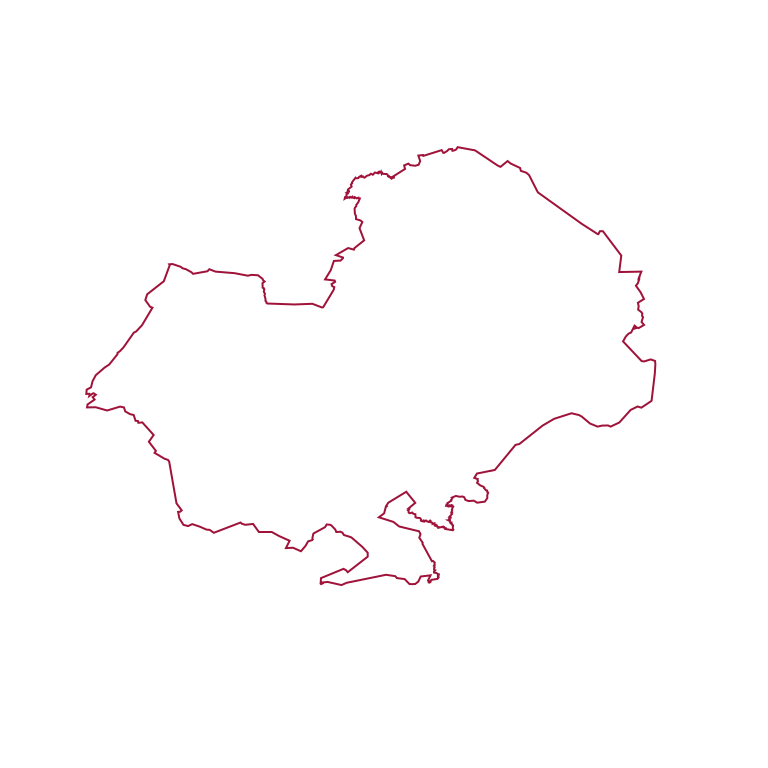 Zvārdes pag., Saldus, Latvia, rotated 336°
{"feature_id": "27541924B82314272532739", "entity_name": "Zvārdes pag.", "entity_type": "district", "adm_level": 2, "iso_a3": "LVA", "parent_name": "Latvia", "parent_adm1": "Saldus", "projection": "robinson", "projection_center": [22.598, 56.546], "detail": "fine", "context": "isolated", "style": "outline", "palette": "rose", "viewbox_px": 768, "rotation_deg": 336, "n_neighbors": 0, "source": "geoboundaries", "source_scale": "gbopen_adm2", "svg_char_len": 6154}
<svg xmlns="http://www.w3.org/2000/svg" viewBox="0 0 768 768"><g transform="rotate(336 384 384)"><path d="M646.1,333.4L643.4,332.2L640.8,334.3L640.2,334.0L629.9,318.3L602.5,271.5L601.5,252.2L600.0,248.9L595.7,244.9L596.2,242.0L589.3,234.0L587.6,230.6L578.7,233.0L576.6,230.5L562.2,207.6L547.6,197.6L545.4,199.1L543.4,199.2L541.4,198.8L541.8,197.0L538.7,195.9L536.5,196.8L532.9,197.3L532.2,197.0L531.8,193.8L512.7,191.6L512.8,190.7L508.3,189.3L507.7,195.1L504.8,197.8L501.2,197.3L496.9,194.7L495.9,192.6L491.3,192.5L490.7,196.1L476.3,198.2L477.6,199.9L476.1,199.1L474.4,199.5L473.7,198.1L474.1,197.6L472.9,196.9L473.1,196.1L472.1,195.7L472.4,194.2L471.9,193.3L468.7,191.7L468.3,190.8L467.6,191.1L468.1,189.9L467.0,189.5L467.3,188.8L466.2,189.3L465.9,188.0L465.0,188.1L464.3,189.1L461.7,187.1L458.9,188.3L457.6,186.6L455.6,187.2L453.1,186.8L450.2,187.6L448.9,186.2L449.0,185.6L447.6,185.5L447.8,184.5L445.4,184.7L444.3,185.5L442.1,184.7L441.9,184.0L438.4,185.8L436.6,187.0L436.5,187.7L434.9,188.3L434.7,190.5L430.3,191.6L429.2,193.0L430.4,193.4L430.3,194.0L428.7,194.7L427.7,194.4L428.1,195.3L427.0,195.4L426.4,196.6L425.3,197.5L424.4,197.4L423.4,198.8L425.4,198.5L426.1,199.0L426.7,198.7L427.1,199.2L428.7,199.2L428.6,199.9L429.9,199.8L430.4,200.6L431.0,200.3L430.9,200.9L432.4,201.1L432.1,201.7L432.6,202.2L433.4,201.5L434.6,203.3L436.2,203.4L436.0,203.8L437.4,204.7L434.4,207.5L431.4,209.2L431.1,210.2L429.2,211.1L428.4,212.0L426.7,216.5L426.7,219.1L425.5,222.0L429.1,225.1L430.1,227.2L425.0,231.7L424.3,244.7L412.3,247.8L411.2,249.0L406.5,245.2L392.5,246.7L398.0,251.8L397.8,252.3L394.6,253.6L388.3,251.2L381.6,258.4L372.7,264.5L381.0,269.4L380.9,270.8L376.7,271.4L376.5,273.5L378.0,275.3L376.3,277.5L359.7,289.1L358.5,288.9L351.2,281.6L334.5,274.9L310.1,263.0L309.6,262.1L310.0,261.0L309.5,259.8L310.3,258.3L310.9,254.4L312.0,253.0L311.7,250.9L313.0,249.0L312.8,248.9L313.2,247.6L312.3,246.7L314.0,242.5L316.6,241.8L315.8,240.3L315.8,238.5L313.1,233.4L307.3,230.4L303.7,229.7L292.6,222.0L275.8,212.8L271.1,208.1L268.6,209.2L254.4,205.7L253.5,203.5L249.7,198.5L247.0,196.3L246.0,194.3L239.6,188.4L236.5,187.3L236.6,188.3L224.6,200.6L204.2,205.7L200.1,210.2L201.7,218.2L203.5,220.1L186.8,231.9L179.0,235.2L176.4,235.3L160.7,244.7L156.1,246.6L153.2,247.2L152.6,248.4L140.8,254.5L135.6,255.3L124.3,258.7L118.9,262.9L115.0,267.9L110.1,268.2L108.0,272.0L110.9,273.1L111.1,273.6L109.9,275.1L114.3,274.2L115.0,274.4L116.4,276.6L112.5,277.5L113.3,280.5L104.9,282.1L103.2,284.6L111.2,288.0L120.3,295.6L133.7,297.3L136.9,299.6L136.5,303.8L139.7,308.2L142.7,310.5L142.1,316.6L144.1,317.7L143.8,319.5L147.6,320.8L152.8,336.9L145.7,341.1L148.4,352.3L146.4,353.6L153.1,363.0L155.8,365.5L156.2,367.5L145.9,408.6L147.8,417.2L145.8,417.8L143.9,417.1L142.4,423.6L143.5,431.1L147.2,434.1L151.8,434.0L157.6,439.3L162.6,444.8L165.4,446.3L168.0,450.7L196.6,452.2L197.2,453.7L200.0,456.2L207.5,458.6L209.5,468.3L221.3,473.6L226.3,480.2L234.0,488.8L227.7,494.0L234.3,496.6L240.1,503.0L246.4,500.0L250.6,496.9L254.9,497.4L255.7,497.0L255.9,495.6L258.7,491.9L271.9,490.8L274.5,489.0L277.7,490.8L278.4,491.8L280.3,497.1L280.2,499.8L284.2,501.3L285.5,502.8L286.0,505.7L291.4,510.4L292.3,511.9L298.0,524.1L300.5,531.5L298.9,535.1L274.3,541.2L273.6,538.8L271.9,536.4L247.5,535.7L245.6,539.3L247.1,539.7L245.8,539.9L244.9,540.6L245.1,541.2L247.3,541.2L248.0,540.6L252.0,541.9L263.4,550.4L269.0,550.4L308.2,559.1L316.1,564.1L316.8,566.5L323.5,570.6L325.9,577.1L328.3,578.3L331.2,579.4L334.9,578.5L339.2,574.8L348.7,577.7L344.3,581.4L344.4,582.6L345.2,582.8L344.3,583.5L344.9,584.0L346.2,583.6L346.7,582.6L347.7,582.2L353.6,583.8L355.1,582.9L354.7,582.5L355.0,581.6L355.8,581.4L356.6,580.3L355.7,580.0L355.9,579.3L354.9,577.9L353.0,576.6L353.3,575.8L355.0,575.0L354.3,574.3L354.4,573.4L355.7,572.1L355.5,571.6L356.1,570.7L355.8,570.4L356.8,569.9L356.8,569.0L357.7,567.8L356.8,565.6L355.7,565.4L354.1,545.7L354.8,544.8L353.7,538.8L356.3,536.0L356.1,532.8L340.0,520.4L336.5,513.8L325.1,503.7L331.5,502.2L335.6,497.1L336.7,496.8L336.4,496.3L339.6,494.2L360.5,491.5L364.2,505.3L356.0,507.6L356.6,507.9L356.5,508.4L354.6,509.1L355.0,509.7L354.3,511.0L354.5,512.1L355.3,512.7L357.5,512.9L358.0,514.5L359.7,515.7L358.6,518.5L359.5,519.5L362.3,521.0L362.8,522.9L362.2,523.7L362.3,524.3L363.8,525.4L364.4,524.9L364.9,526.1L365.7,525.9L365.3,525.7L365.6,525.4L367.0,525.9L367.3,526.9L368.6,528.1L370.6,527.5L370.9,528.2L370.1,529.1L371.6,530.3L371.9,530.9L371.5,531.6L373.5,531.8L372.7,533.9L373.3,534.4L374.1,534.1L374.1,534.8L374.7,534.8L374.6,536.1L375.7,536.9L375.3,537.5L380.3,538.4L380.6,538.8L380.1,539.4L381.7,540.8L381.1,541.4L387.4,545.6L388.1,545.3L387.9,544.2L389.6,541.2L389.0,540.5L389.2,539.6L388.3,538.5L389.2,537.9L388.2,537.1L388.3,535.8L387.3,534.6L388.9,535.1L389.1,534.4L388.4,534.0L389.2,532.9L390.6,533.2L390.8,532.1L390.1,531.8L393.3,530.4L393.1,529.9L393.9,529.1L393.3,528.7L394.8,527.2L394.9,526.4L395.8,525.7L396.0,524.9L397.2,524.3L396.8,523.8L397.1,523.2L396.4,523.0L396.8,522.5L396.4,522.0L394.7,522.5L394.6,521.7L393.2,522.2L392.6,521.7L393.1,521.1L392.9,520.8L391.3,520.5L392.1,519.5L393.5,519.3L393.6,518.6L398.0,518.0L397.9,517.4L400.2,516.0L399.9,515.4L404.1,515.5L407.3,517.8L410.0,518.7L411.3,520.2L411.2,522.9L413.7,525.4L418.6,527.1L420.8,530.3L428.3,532.5L432.0,530.2L433.0,527.7L435.0,525.5L434.4,524.6L434.9,523.3L434.0,522.7L433.1,520.0L433.5,519.6L433.2,518.5L430.7,515.8L428.8,512.1L430.3,511.0L430.4,509.7L431.0,509.0L428.3,506.5L432.5,503.6L450.3,507.6L479.4,493.1L483.1,493.9L511.9,486.5L525.3,485.0L543.4,487.0L549.4,491.6L551.3,494.0L556.2,504.0L561.8,509.8L566.3,510.7L571.8,513.0L573.7,515.1L583.3,514.9L598.8,508.0L606.5,507.7L609.5,510.3L621.6,508.2L635.6,484.7L639.9,476.4L641.0,473.2L637.6,470.0L630.9,469.2L628.7,467.9L619.7,442.3L624.2,439.0L627.8,437.5L630.8,437.4L636.6,432.6L637.7,434.7L636.4,435.4L638.3,435.6L639.4,436.5L645.6,435.8L644.5,432.1L647.8,428.3L647.5,426.7L648.6,424.7L648.4,423.2L646.4,419.4L648.3,416.5L649.0,413.1L656.1,412.1L655.7,404.4L654.1,396.7L656.9,395.2L659.6,392.3L659.1,392.0L660.4,390.7L660.1,390.6L664.8,386.0L644.4,377.4L653.0,363.2L646.1,333.4Z" fill="none" stroke="#9f1239" stroke-width="2"/></g></svg>